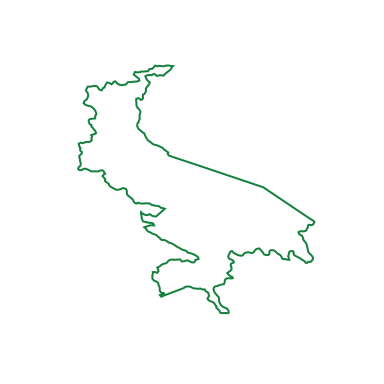 the district of Macarani, Bahia, Brazil, rotated 113°
{"feature_id": "56859067B98841260040337", "entity_name": "Macarani", "entity_type": "district", "adm_level": 2, "iso_a3": "BRA", "parent_name": "Brazil", "parent_adm1": "Bahia", "projection": "equal_earth", "projection_center": [-40.385, -15.539], "detail": "fine", "context": "isolated", "style": "outline", "palette": "green", "viewbox_px": 384, "rotation_deg": 113, "n_neighbors": 0, "source": "geoboundaries", "source_scale": "gbopen_adm2", "svg_char_len": 6073}
<svg xmlns="http://www.w3.org/2000/svg" viewBox="0 0 384 384"><g transform="rotate(113 192 192)"><path d="M83.6,258.7L84.3,261.0L84.8,263.4L86.0,265.6L87.3,267.1L88.3,270.0L88.8,272.0L89.8,273.0L90.1,275.3L94.0,276.6L95.4,279.2L98.0,279.7L99.0,281.7L100.5,284.4L101.0,286.0L102.1,286.6L103.4,289.6L103.8,291.4L106.6,291.5L108.6,285.1L109.8,284.0L111.4,285.2L116.0,293.9L119.3,295.2L119.9,296.8L121.1,298.2L121.5,300.2L121.5,302.6L120.1,306.0L121.2,307.2L123.0,307.4L124.4,308.3L123.8,310.5L124.4,313.0L127.5,313.5L130.0,313.4L131.0,314.5L133.7,314.8L134.0,316.8L133.2,318.6L132.1,319.9L131.8,321.4L132.7,323.9L134.4,326.2L135.7,329.1L139.7,329.5L140.5,328.5L141.7,326.6L144.3,325.0L147.7,325.0L150.4,326.5L152.6,326.5L153.3,324.4L153.4,322.9L152.7,318.2L153.3,316.0L154.5,313.5L156.2,311.5L157.6,310.4L159.8,310.8L162.1,309.9L164.6,314.3L166.2,315.1L167.4,314.7L169.5,312.7L169.6,310.7L170.9,310.4L171.7,308.5L173.8,304.7L175.2,303.3L176.5,304.2L179.1,307.0L180.0,305.6L182.0,305.6L182.8,304.7L184.1,304.6L185.7,305.6L187.2,308.7L188.4,310.3L189.6,311.3L190.1,313.8L191.9,315.1L193.2,314.1L194.4,313.4L194.9,311.9L196.1,311.9L197.6,311.0L198.3,308.9L199.9,308.5L201.2,309.2L202.9,309.9L204.5,309.0L205.8,307.8L207.1,307.4L208.2,306.2L210.1,305.2L211.6,305.0L213.4,306.0L215.2,305.9L215.8,304.4L215.3,302.6L214.3,301.7L213.2,301.0L212.3,299.6L212.1,297.4L212.1,295.4L212.4,293.0L211.4,290.5L210.6,288.7L209.8,286.4L208.7,285.6L207.8,284.5L207.0,282.8L207.5,281.4L209.2,279.1L210.5,280.2L212.3,280.5L213.4,278.3L214.2,276.8L215.7,276.6L216.4,275.4L216.4,273.9L217.1,271.9L218.6,270.1L219.1,267.8L219.5,263.6L219.3,261.8L218.6,260.6L217.5,259.1L215.3,257.0L214.9,254.1L216.2,252.6L217.3,252.0L219.2,251.3L220.2,249.7L220.7,247.9L221.3,245.6L222.3,243.2L223.4,242.2L224.5,240.0L224.3,238.4L223.0,237.6L222.7,235.1L222.1,233.3L221.3,231.7L220.3,229.8L219.8,228.3L219.1,226.5L219.6,224.3L219.0,220.6L218.4,218.5L218.0,216.5L218.7,214.6L218.2,212.3L218.1,210.5L228.6,215.5L229.3,217.6L229.5,219.3L228.9,222.3L230.5,223.8L231.2,225.3L231.4,227.5L231.2,229.3L230.5,230.9L231.9,230.6L233.2,229.4L234.8,228.6L236.1,227.6L237.2,226.8L238.2,225.4L237.8,223.4L237.5,221.1L236.8,218.6L236.1,216.6L236.4,215.0L237.6,213.8L238.4,216.1L239.4,218.0L243.1,222.1L243.5,220.5L244.7,218.9L245.5,216.8L245.4,214.5L245.8,212.5L245.6,210.2L245.6,208.0L246.5,205.9L246.9,203.7L247.7,202.7L247.9,200.8L247.0,198.8L247.0,196.1L247.7,193.8L247.3,191.9L247.5,188.0L248.3,183.9L248.5,181.3L248.8,179.3L248.8,177.3L248.4,174.4L249.5,172.1L249.0,170.4L248.8,168.3L248.8,164.8L249.2,162.7L249.7,160.9L251.0,159.8L252.1,160.8L253.1,162.3L255.0,162.2L256.2,162.9L256.8,164.5L256.9,166.1L256.5,168.7L257.4,170.7L258.7,172.1L259.9,174.0L259.4,175.4L258.6,176.6L259.6,178.2L260.2,179.6L261.0,181.1L261.6,182.6L262.2,184.6L263.4,186.1L265.0,187.0L266.6,187.4L267.8,188.1L268.8,189.6L270.7,191.5L272.5,192.3L275.2,194.4L276.2,193.2L277.9,191.9L280.0,192.5L280.3,195.3L281.1,196.8L282.2,196.1L284.0,196.0L287.3,194.6L287.9,193.4L288.5,191.9L288.3,189.7L289.1,187.4L290.6,186.5L291.7,185.2L294.2,183.6L295.5,183.1L296.3,182.0L296.6,180.2L296.1,178.6L296.9,177.5L298.3,177.4L283.5,161.9L282.1,161.4L281.2,160.0L280.5,158.7L279.9,156.8L280.1,152.7L279.4,151.2L279.1,149.3L278.2,147.8L277.5,146.3L277.7,144.5L276.7,142.2L278.0,140.7L278.1,139.1L278.6,137.3L279.7,136.8L281.0,135.6L283.9,136.2L285.1,134.6L285.4,132.6L285.1,129.9L285.8,127.9L286.8,126.6L287.7,124.7L288.9,124.6L290.5,120.4L291.8,119.3L292.1,117.8L290.8,115.1L290.1,113.4L289.7,111.6L288.5,111.1L287.0,112.1L285.6,114.3L285.6,117.3L285.5,119.1L284.7,121.4L283.0,123.5L281.8,124.4L280.2,125.2L278.4,126.3L276.5,130.4L275.6,131.9L274.3,133.3L273.0,134.3L271.8,134.5L270.7,134.3L269.6,133.5L268.6,131.7L267.1,130.6L266.2,129.4L265.1,127.8L264.4,126.6L262.8,126.6L261.1,127.1L259.2,127.2L257.9,126.1L257.1,124.8L256.4,122.5L255.4,120.8L254.5,121.6L254.5,123.3L254.1,125.5L252.9,127.9L251.2,127.0L249.8,126.0L248.1,125.3L246.1,126.1L244.6,127.6L243.1,128.1L241.7,127.3L240.8,126.1L239.5,126.5L238.9,127.9L238.8,129.6L238.8,131.8L237.4,133.4L235.7,133.7L233.9,133.4L232.1,133.5L230.7,132.3L231.3,130.8L231.9,129.4L231.9,127.0L232.2,125.2L231.8,123.1L231.3,121.4L230.3,120.4L228.3,120.0L226.7,118.7L225.5,116.7L225.2,114.9L224.8,112.9L223.2,111.6L220.4,111.1L218.9,109.9L217.7,108.1L218.5,106.1L219.7,103.6L221.3,101.3L221.0,98.9L220.1,97.1L218.7,96.6L216.9,97.4L215.4,97.3L214.2,95.6L213.8,93.5L214.1,92.0L214.9,90.2L215.3,88.9L215.3,87.3L216.1,85.0L217.5,83.5L218.3,82.1L217.5,80.7L217.2,78.5L216.4,76.0L213.4,78.4L212.0,78.5L210.3,78.9L208.6,78.9L207.8,77.9L207.0,76.1L207.7,74.8L208.9,74.5L209.9,73.7L210.4,72.0L210.5,69.8L210.7,67.5L211.0,65.7L211.4,63.8L211.7,61.4L212.8,59.7L212.3,58.3L210.9,57.8L210.0,55.5L208.7,55.1L207.2,54.5L205.5,54.7L204.2,56.2L203.4,57.8L202.9,59.2L202.2,60.7L201.3,61.9L197.7,64.3L195.2,66.3L194.1,67.6L193.3,69.4L192.2,71.1L190.9,71.8L189.4,73.5L189.1,75.9L188.7,77.3L187.3,78.2L185.7,76.9L184.6,73.8L183.4,72.2L182.1,71.8L180.7,71.8L179.2,71.6L177.5,72.2L176.4,71.4L175.8,68.9L174.2,67.8L172.3,67.5L171.2,68.3L169.9,76.2L159.8,128.3L165.5,202.0L167.1,221.3L167.5,227.5L166.5,229.2L164.9,229.2L164.5,231.5L163.9,233.1L163.8,234.6L162.8,236.5L162.7,242.6L163.1,244.5L163.2,246.9L162.1,250.0L161.8,252.6L160.6,254.2L159.8,255.5L158.3,257.3L156.6,258.9L156.4,260.9L155.8,262.4L155.4,264.3L154.5,266.3L152.9,268.2L150.9,268.8L149.8,269.0L148.5,268.4L147.0,268.8L145.1,268.6L143.0,269.9L140.4,270.6L139.1,270.6L138.0,271.0L136.5,273.1L135.8,275.0L134.1,276.9L131.4,278.1L129.8,279.1L128.2,279.7L126.6,278.2L126.7,276.6L127.2,274.8L126.0,273.9L124.4,273.8L123.0,274.7L121.5,275.2L120.4,274.1L118.7,273.9L116.7,273.8L115.0,274.9L113.3,274.7L111.4,274.0L109.0,273.5L107.5,273.7L107.0,275.8L106.1,277.8L103.6,280.2L102.6,279.6L101.8,278.2L100.9,277.0L100.4,274.9L99.4,274.0L98.3,273.5L98.2,271.6L98.9,269.9L98.1,268.4L97.1,267.4L96.6,265.8L96.1,263.9L95.0,263.2L93.8,263.0L88.2,259.8L86.5,259.4L85.0,259.2L83.6,258.7ZM298.3,177.4L297.9,179.8L299.4,181.3L300.4,179.3L298.3,177.4Z" fill="none" stroke="#15803d" stroke-width="2"/></g></svg>